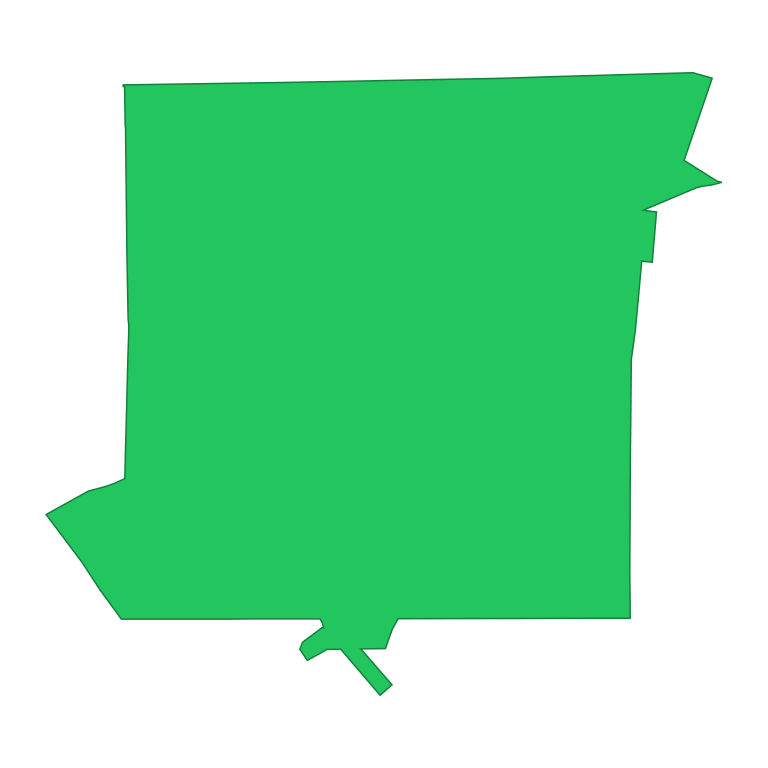 Broken Hill, New South Wales, Australia
{"feature_id": "25037944B37547853464186", "entity_name": "Broken Hill", "entity_type": "district", "adm_level": 2, "iso_a3": "AUS", "parent_name": "Australia", "parent_adm1": "New South Wales", "projection": "albers", "projection_center": [141.499, -31.951], "detail": "fine", "context": "isolated", "style": "filled", "palette": "green", "viewbox_px": 768, "rotation_deg": 0, "n_neighbors": 0, "source": "geoboundaries", "source_scale": "gbopen_adm2", "svg_char_len": 1821}
<svg xmlns="http://www.w3.org/2000/svg" viewBox="0 0 768 768"><path d="M128.7,325.6L128.8,327.5L128.7,333.3L127.8,359.9L126.6,408.7L125.8,438.2L125.6,446.7L125.3,456.7L125.3,458.4L124.9,474.6L124.9,476.1L124.8,478.6L114.6,483.3L105.1,486.6L95.5,489.2L88.5,491.0L46.1,514.5L79.7,559.2L80.6,560.6L81.7,561.8L100.1,590.0L103.8,595.1L110.5,604.2L121.3,619.1L158.2,619.1L159.4,619.1L164.9,619.1L168.9,619.1L225.6,619.1L229.2,619.1L230.2,619.1L252.9,618.9L265.7,618.9L320.0,618.9L322.2,622.6L323.6,627.8L322.1,627.6L302.5,642.3L299.8,649.3L307.3,660.4L327.3,649.3L337.6,649.4L340.6,649.1L380.1,695.3L392.0,684.8L360.8,648.9L385.4,648.6L392.1,629.7L398.1,618.7L405.6,618.7L451.0,618.6L511.1,618.5L518.5,618.5L594.7,618.3L630.2,618.3L630.1,600.3L629.8,574.7L629.8,572.1L629.8,569.3L629.8,568.0L629.8,566.7L630.1,516.7L630.1,503.2L630.1,498.0L630.1,494.4L630.3,473.7L630.3,462.0L630.9,406.2L631.3,359.5L635.4,330.0L635.5,329.6L635.5,328.8L637.2,310.7L637.3,309.4L638.1,301.1L641.7,261.2L652.3,262.2L653.9,242.5L654.1,240.6L656.5,211.9L647.1,210.8L643.6,210.1L647.9,208.2L654.3,205.6L657.3,204.3L659.9,203.2L661.4,202.5L663.4,201.7L668.2,199.7L670.4,198.7L673.6,197.4L675.8,196.4L677.3,195.8L679.3,195.0L682.1,193.8L683.4,193.2L684.3,192.8L685.8,192.2L687.4,191.6L691.7,189.7L692.8,189.3L694.8,188.5L695.7,188.1L696.8,187.7L697.4,187.5L698.3,187.2L698.8,187.1L699.3,187.0L701.3,186.5L702.0,186.3L702.7,186.2L703.6,186.1L704.6,185.9L706.9,185.7L708.1,185.5L709.0,185.4L709.5,185.3L710.4,185.2L711.6,184.9L713.7,184.5L718.3,183.3L719.2,183.1L719.6,182.9L721.9,182.3L717.1,181.2L684.1,160.4L712.2,78.2L692.9,72.7L557.4,76.5L501.4,78.3L500.5,78.3L288.4,82.4L123.2,84.9L123.2,86.5L124.6,86.5L125.2,126.1L125.5,126.2L126.9,254.0L127.8,303.3L128.1,319.1L128.7,324.3L128.7,325.6Z" fill="#22c55e" stroke="#15803d" stroke-width="1.5"/></svg>